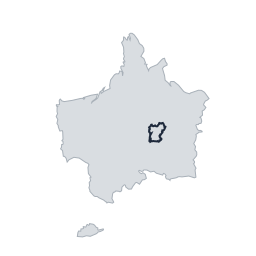 where Yonne sits in France, rotated 69°
{"feature_id": "FRA-5356", "entity_name": "Yonne", "entity_type": "Metropolitan department", "adm_level": 1, "iso_a3": "FRA", "parent_name": "France", "parent_adm1": "", "projection": "mercator", "projection_center": [3.524, 47.862], "detail": "fine", "context": "in_parent", "style": "outline", "palette": "slate", "viewbox_px": 256, "rotation_deg": 69, "n_neighbors": 0, "source": "natural_earth", "source_scale": "10m", "svg_char_len": 6146}
<svg xmlns="http://www.w3.org/2000/svg" viewBox="0 0 256 256"><g transform="rotate(69 128 128)"><path d="M191.9,107.6L190.4,108.4L189.5,110.1L188.5,110.5L186.8,110.5L186.0,109.5L184.0,110.1L183.1,111.2L184.4,112.5L180.3,117.8L177.7,119.2L177.1,122.7L174.1,125.3L172.9,128.0L172.9,128.5L173.6,129.4L173.3,131.1L171.7,132.3L171.8,133.4L172.2,133.6L174.6,132.7L175.5,131.6L175.0,130.2L177.4,128.5L181.6,128.9L182.1,131.2L181.6,133.2L184.6,137.4L182.0,139.3L181.8,140.6L184.5,144.8L186.2,146.6L185.3,149.4L182.4,151.2L180.6,151.0L179.8,151.5L179.9,152.4L181.1,154.9L184.3,156.5L184.7,158.4L183.9,159.1L182.4,162.0L183.1,163.4L182.8,164.0L183.1,165.0L183.9,165.9L188.2,168.3L192.1,167.9L192.6,169.3L190.2,173.0L190.4,174.6L189.2,174.7L189.0,175.2L186.6,176.5L182.7,180.2L180.9,181.3L180.2,183.2L179.1,184.2L173.5,186.3L172.5,185.9L169.8,185.9L168.1,184.6L164.9,183.7L163.8,181.8L160.8,181.4L160.6,180.1L156.4,181.3L150.4,179.5L148.3,177.6L146.6,178.1L145.0,179.8L138.6,184.3L136.0,189.0L136.5,194.4L138.0,197.0L134.1,196.6L131.8,197.4L131.2,198.5L125.6,197.2L123.6,198.3L123.0,198.2L122.3,197.1L119.6,195.8L120.0,194.9L119.6,194.2L117.1,193.5L116.2,194.3L115.2,192.7L108.1,190.3L106.9,190.3L106.4,192.7L101.8,192.7L101.2,192.2L98.2,192.7L95.0,190.5L91.5,190.9L89.4,188.6L87.3,188.4L84.3,187.2L83.0,186.6L82.8,185.9L81.9,186.9L80.8,186.7L80.6,186.4L81.3,185.1L81.5,183.5L77.8,182.4L76.8,181.3L76.8,180.7L78.8,180.2L80.5,178.1L82.2,170.3L83.5,161.1L84.4,159.4L85.5,158.9L84.6,157.6L83.5,159.3L84.2,150.7L85.5,144.3L88.6,146.9L89.3,148.1L90.3,151.9L92.0,153.5L90.9,152.0L89.7,146.9L89.0,145.4L84.1,141.1L83.9,140.1L86.1,140.6L85.2,137.4L84.7,130.6L81.7,129.9L76.9,127.0L73.5,121.7L73.1,119.7L74.0,117.6L73.2,116.3L71.8,115.4L72.9,113.6L73.9,113.4L77.4,114.4L74.5,112.7L69.9,113.3L68.1,112.7L67.8,111.4L69.0,109.8L67.5,108.8L64.8,109.0L64.5,108.6L65.3,107.5L64.6,107.0L62.4,107.5L61.2,107.1L60.1,105.8L56.6,105.5L55.8,104.7L51.0,103.2L46.0,103.4L44.5,100.8L41.5,99.5L42.1,98.6L45.2,97.8L45.7,97.1L43.5,96.0L42.7,94.9L46.8,94.6L45.0,93.5L41.0,93.5L40.4,91.9L41.0,90.3L43.3,88.8L49.1,87.2L53.3,87.1L56.2,85.2L59.2,84.7L62.0,85.6L65.8,90.3L68.8,88.3L73.3,88.3L74.2,89.5L75.4,87.4L76.4,88.6L81.9,88.2L80.6,87.4L79.6,85.4L79.3,78.0L76.5,72.5L75.8,70.6L76.0,68.9L79.3,69.2L82.0,68.5L83.3,69.0L83.6,72.5L84.8,74.5L92.3,75.1L96.7,76.2L100.4,74.2L103.8,73.3L104.1,72.9L102.1,73.1L100.3,72.2L100.0,71.3L101.0,68.5L106.2,65.5L113.9,62.9L115.9,61.2L118.2,58.1L117.7,57.3L118.0,48.7L119.2,45.9L122.1,43.8L129.6,41.8L130.5,44.5L130.5,46.1L132.5,48.5L133.5,49.2L136.7,47.9L138.3,50.2L138.8,52.7L142.7,53.8L143.8,57.1L144.6,56.3L147.0,56.5L148.2,56.8L149.8,58.2L149.3,60.2L150.0,61.1L149.3,62.9L149.8,63.7L154.3,63.7L155.7,62.8L156.3,61.0L157.7,60.0L158.2,60.3L157.3,63.7L157.9,64.5L158.3,66.9L160.0,67.1L163.3,69.0L166.1,72.2L169.5,71.6L172.3,73.4L175.1,72.5L177.7,73.4L178.7,74.3L181.1,78.7L183.0,77.9L184.4,78.4L184.8,79.6L189.9,78.9L190.8,80.1L191.8,80.6L198.2,82.2L198.3,83.9L194.6,88.5L193.0,95.1L191.9,97.3L191.5,99.0L191.8,100.2L191.6,101.9L190.8,106.1L191.3,107.4L191.9,107.6ZM214.7,190.8L214.4,193.3L215.3,195.0L215.6,202.0L213.7,205.4L213.4,209.4L211.1,214.2L207.5,212.1L206.5,210.9L207.4,209.1L205.4,208.1L205.9,206.3L205.6,205.4L204.2,205.3L204.1,204.8L205.2,203.4L205.2,202.6L203.8,201.5L203.5,200.5L204.8,199.5L204.2,198.5L203.5,198.2L205.3,195.1L206.6,194.1L209.4,193.2L210.5,192.0L212.3,192.7L212.7,192.3L213.3,187.3L213.9,187.2L214.5,187.9L214.7,190.8ZM84.3,137.8L83.9,139.3L82.0,136.7L81.7,135.2L84.3,137.8Z" fill="#d9dde1" stroke="#a8b0b8" stroke-width="1"/><path d="M138.5,109.5L138.3,109.4L138.2,109.3L138.0,109.0L137.8,108.9L137.2,108.8L137.0,108.6L136.9,108.5L136.9,108.1L136.8,107.9L136.6,107.9L135.3,108.1L135.0,108.1L134.9,107.8L134.6,107.3L134.5,107.1L134.6,106.8L134.6,106.6L134.5,106.4L134.4,106.1L134.2,105.9L133.9,105.6L133.7,105.5L133.4,105.4L133.3,105.1L133.4,104.8L133.4,104.7L133.5,104.7L134.0,104.5L134.3,104.5L134.8,104.2L135.2,104.1L135.3,104.0L135.4,103.8L135.4,103.7L135.4,103.4L135.4,103.2L135.5,103.1L135.5,102.9L135.4,102.7L135.3,102.0L135.3,101.9L135.6,101.9L135.8,101.7L136.0,101.5L136.1,101.4L136.3,101.2L136.5,101.1L136.8,100.4L136.9,100.2L136.8,99.9L136.8,99.7L136.7,99.6L136.5,99.4L136.2,99.1L136.0,98.8L135.7,97.9L135.6,97.7L135.3,97.5L134.9,97.4L134.7,97.3L134.6,97.1L134.6,96.9L134.6,96.6L134.8,96.4L135.3,96.1L135.5,95.9L135.6,95.6L135.8,95.4L135.7,95.2L135.6,94.9L135.6,94.7L135.6,94.4L135.6,94.2L135.8,93.8L135.8,93.7L136.5,93.6L136.8,93.4L137.0,93.4L137.6,93.4L137.7,93.5L137.9,93.5L139.2,93.3L139.3,93.3L139.5,93.4L139.8,93.3L139.9,93.0L140.2,92.6L140.5,92.8L140.5,93.1L140.6,93.4L140.6,93.5L140.9,93.4L141.1,93.4L141.4,93.7L141.6,93.8L141.8,94.0L142.6,95.1L142.8,95.3L142.8,95.5L142.8,95.8L142.9,96.1L142.9,96.3L142.6,96.6L142.5,96.8L143.0,97.1L143.4,97.4L143.6,97.6L143.9,97.5L144.0,97.4L144.2,97.2L144.4,97.3L144.5,97.4L144.5,97.6L144.6,97.9L144.8,98.0L145.0,98.3L145.9,99.8L145.9,100.0L145.6,100.1L145.6,100.3L145.9,100.5L146.0,100.5L146.3,100.4L146.5,100.5L146.5,101.0L146.5,101.3L146.7,101.5L147.1,101.5L147.5,101.5L147.9,101.6L148.0,101.6L148.4,101.4L148.5,101.3L148.8,101.4L149.1,101.4L149.3,101.4L149.4,101.2L149.5,101.1L149.8,101.1L150.0,101.3L150.2,101.2L150.2,100.9L150.2,100.7L150.3,100.7L150.4,100.8L150.6,101.1L150.8,101.4L150.9,101.5L151.0,101.6L151.0,102.3L150.9,102.6L150.9,103.0L151.0,103.0L151.3,103.0L151.5,103.1L151.8,104.0L151.8,104.3L151.7,104.6L150.8,105.1L150.8,105.4L150.8,105.9L150.7,106.3L150.6,106.5L150.3,106.9L150.1,107.5L149.4,108.8L149.2,109.0L149.1,110.1L148.9,110.4L148.7,110.5L148.4,110.8L148.5,111.0L148.6,111.5L148.8,111.5L148.9,112.2L148.4,112.2L148.2,112.2L148.1,112.3L148.0,112.5L147.9,112.7L147.7,112.7L147.4,112.4L147.2,111.5L147.0,111.2L146.2,111.7L146.0,111.4L146.1,111.0L146.1,110.8L146.1,110.6L145.9,110.5L145.7,110.7L145.6,110.8L145.5,111.1L145.5,111.3L145.4,111.4L144.2,110.9L143.3,110.1L143.1,110.0L142.8,110.0L142.6,109.9L142.5,109.7L142.4,109.5L142.3,109.3L141.9,108.9L141.5,108.3L141.4,108.2L141.5,108.8L141.4,109.4L140.5,109.1L140.2,109.2L139.8,109.5L139.6,109.6L139.0,109.3L138.9,109.3L138.5,109.5Z" fill="none" stroke="#1e293b" stroke-width="2"/></g></svg>